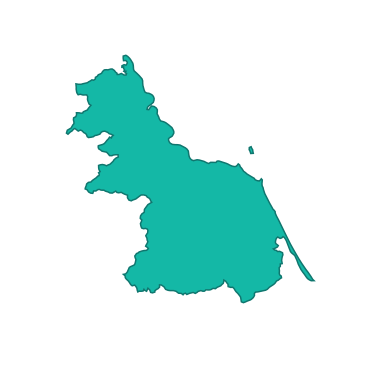 Cananéia, São Paulo, Brazil, rotated 287°
{"feature_id": "56859067B70757280308936", "entity_name": "Cananéia", "entity_type": "district", "adm_level": 2, "iso_a3": "BRA", "parent_name": "Brazil", "parent_adm1": "São Paulo", "projection": "robinson", "projection_center": [-47.991, -25.035], "detail": "fine", "context": "isolated", "style": "filled", "palette": "teal", "viewbox_px": 384, "rotation_deg": 287, "n_neighbors": 0, "source": "geoboundaries", "source_scale": "gbopen_adm2", "svg_char_len": 5976}
<svg xmlns="http://www.w3.org/2000/svg" viewBox="0 0 384 384"><g transform="rotate(287 192 192)"><path d="M80.6,169.4L81.7,170.5L82.2,172.3L83.0,174.2L84.9,174.5L84.1,175.6L83.8,177.6L87.1,178.0L85.9,180.3L83.9,181.8L84.0,183.7L85.4,185.7L86.8,185.4L88.5,186.6L89.5,187.7L91.6,188.8L93.7,188.1L94.1,189.9L93.1,193.0L91.2,195.2L91.0,197.9L91.3,199.8L92.3,203.2L92.4,205.7L91.3,208.7L91.9,211.4L91.1,213.5L92.4,214.0L93.3,215.4L92.5,217.0L94.4,219.3L96.3,222.5L96.0,224.8L97.5,226.2L98.7,226.9L100.3,229.3L100.3,231.5L100.9,233.0L102.5,233.9L103.3,237.0L104.1,238.5L106.0,240.3L106.4,242.7L108.2,243.9L110.7,246.9L112.2,247.6L113.8,248.6L115.6,248.5L117.1,248.2L116.5,250.4L115.4,251.7L114.3,253.4L112.1,254.2L112.1,256.9L112.8,258.8L112.0,260.4L110.7,261.8L109.6,263.2L108.4,265.5L106.0,268.9L104.7,269.7L101.4,271.3L101.2,273.5L102.4,275.1L104.0,276.9L105.8,279.3L106.8,280.2L109.0,281.5L111.3,282.0L113.2,281.3L114.8,282.0L115.8,284.3L119.6,291.1L121.0,292.5L123.5,293.8L127.6,297.2L129.4,298.2L131.6,298.8L132.8,300.2L135.0,301.7L136.1,302.7L137.7,301.9L138.4,300.1L139.5,299.3L142.4,298.6L143.8,297.9L145.3,297.5L146.7,298.2L149.0,297.5L149.9,299.2L152.8,297.7L155.2,297.3L157.0,297.2L158.5,297.3L160.4,296.3L160.9,293.1L160.1,291.3L160.8,289.7L160.7,287.8L161.4,286.4L162.6,288.0L164.4,289.8L166.0,290.2L167.2,287.2L168.4,286.4L171.0,286.1L172.5,286.3L174.0,287.1L173.4,289.8L174.3,291.2L175.9,292.1L175.5,293.6L174.2,295.2L172.8,296.6L163.8,303.6L162.9,305.0L161.3,308.8L157.5,312.2L154.1,314.7L149.7,318.9L147.8,321.3L146.3,323.4L143.7,326.7L142.9,328.0L142.3,329.9L142.0,331.9L142.9,334.6L143.7,333.0L146.1,330.3L149.1,326.5L151.4,323.3L155.7,317.9L159.3,313.7L165.7,306.8L171.0,301.3L180.6,292.2L190.1,283.4L193.6,279.9L196.1,277.8L197.6,277.2L198.6,275.8L199.2,274.5L200.2,273.5L204.1,269.4L211.8,262.0L215.1,259.7L216.9,258.7L218.4,257.3L220.3,256.5L224.1,255.7L224.9,254.4L223.7,254.0L222.2,253.1L221.9,251.0L222.2,248.7L223.2,247.7L224.8,241.2L225.3,239.3L226.2,237.4L226.9,235.3L229.1,232.7L230.2,230.8L231.8,229.6L232.4,228.0L230.7,227.4L229.4,226.6L228.7,225.1L228.5,222.6L228.8,220.0L229.2,218.3L229.4,216.2L229.5,208.6L228.9,207.0L227.3,206.3L225.8,201.1L224.2,199.8L224.2,198.0L224.8,194.5L224.7,189.7L224.3,187.4L223.2,185.6L222.4,184.1L222.6,182.1L223.5,180.4L225.0,179.0L226.8,178.0L230.1,176.5L231.5,174.7L232.3,172.7L233.4,166.8L233.0,164.4L232.3,161.9L231.8,159.3L232.3,156.9L233.4,155.4L234.8,154.4L236.2,154.0L237.5,154.8L238.6,155.9L239.8,156.8L242.9,157.4L244.3,157.0L245.5,156.2L247.7,154.0L249.4,150.0L250.6,146.6L250.9,144.5L250.8,141.3L252.4,139.3L253.8,138.4L256.7,135.7L258.8,135.3L260.5,134.8L261.9,133.2L262.7,130.8L262.4,128.2L260.5,127.3L258.1,126.6L257.8,124.8L259.6,124.7L260.9,125.0L262.3,126.0L263.5,127.0L266.4,128.8L268.8,128.8L270.4,128.4L271.8,127.4L272.9,126.1L273.4,124.7L273.8,122.1L273.4,119.7L273.9,117.7L275.8,116.2L279.5,113.9L282.0,112.9L283.9,112.3L285.6,111.1L287.9,107.4L289.4,104.5L290.9,101.3L292.3,100.2L296.0,98.8L297.9,97.7L300.7,94.5L301.7,93.1L302.9,90.8L303.4,88.8L301.9,86.5L300.0,87.0L297.6,88.1L298.4,90.4L297.3,92.1L296.0,92.4L294.0,91.8L293.9,89.8L292.2,88.1L290.8,88.5L291.6,90.0L290.3,90.3L289.0,91.8L287.6,91.5L288.1,93.5L286.5,93.1L286.1,94.8L284.7,94.8L284.0,92.9L284.7,89.8L283.1,87.9L282.5,86.1L283.7,85.5L284.3,83.8L285.5,82.3L286.3,79.8L285.8,78.3L284.2,75.8L283.9,74.3L283.1,72.4L281.2,71.3L279.1,70.8L278.1,69.8L276.7,68.1L275.0,67.6L273.4,66.1L271.8,66.5L270.1,65.2L270.0,63.5L268.7,62.5L267.2,61.0L265.9,60.0L263.5,55.8L262.6,54.5L261.8,51.8L261.5,49.4L258.2,50.7L256.4,51.2L253.8,52.5L252.7,53.4L251.7,54.7L252.8,56.5L252.9,59.4L254.1,62.9L252.7,64.4L250.2,64.9L248.9,65.6L247.5,66.7L246.0,67.9L245.4,70.0L241.6,68.4L239.9,68.0L236.9,64.6L235.6,64.4L234.9,62.9L234.7,60.8L234.0,58.3L232.2,59.0L230.1,58.9L228.3,57.1L226.3,57.5L224.5,58.6L222.8,59.1L221.2,58.4L217.9,57.7L214.6,54.7L211.6,54.7L211.0,56.5L212.6,57.4L214.0,58.2L215.1,59.3L217.5,60.4L218.5,61.5L217.0,65.4L218.6,67.1L218.4,69.0L217.2,71.1L216.8,73.2L215.7,74.6L214.3,75.6L213.8,77.1L215.0,79.7L216.1,81.6L217.5,82.5L218.5,84.4L220.4,87.0L222.7,87.8L223.8,88.9L224.7,90.9L224.3,94.2L223.5,95.8L223.6,97.6L223.2,100.1L221.6,99.2L220.2,99.1L220.4,97.1L218.3,96.5L216.6,95.6L214.0,94.6L212.6,93.9L211.4,92.7L208.9,88.9L207.6,89.1L206.0,90.1L205.4,92.4L204.7,94.0L205.1,98.7L203.9,100.8L202.7,102.5L203.3,104.8L204.4,106.0L205.4,108.3L206.0,110.4L203.9,111.3L202.4,109.5L200.0,108.0L198.3,107.6L194.6,105.5L193.2,103.7L192.1,102.6L192.3,100.5L192.1,98.3L191.2,96.4L190.1,94.9L187.7,95.7L186.2,96.5L184.6,98.2L183.1,97.0L182.1,98.1L180.5,98.3L179.6,97.2L177.7,96.3L174.0,93.4L172.0,92.4L170.9,90.1L168.9,88.9L166.8,89.0L165.1,88.8L163.7,88.9L163.5,91.0L161.8,93.1L161.3,95.4L161.7,97.5L164.2,97.6L164.9,99.8L166.8,101.3L167.4,102.8L167.2,104.5L168.0,107.3L167.5,108.9L167.5,111.9L167.1,113.8L167.7,116.2L170.5,118.8L169.6,120.4L169.8,122.1L171.0,124.5L170.5,126.4L170.2,128.5L170.1,131.3L168.9,131.6L167.6,132.0L165.8,134.1L165.8,136.5L167.0,137.7L168.9,140.3L172.4,142.8L174.3,144.3L175.1,146.8L175.1,149.4L174.0,150.7L173.6,152.7L172.7,154.2L171.4,155.1L170.4,156.5L167.0,153.5L161.5,151.6L158.6,152.2L156.5,150.5L154.2,149.8L152.7,150.0L151.5,150.3L150.6,152.2L148.4,152.2L146.8,151.9L145.2,152.7L143.9,153.5L142.8,154.5L142.7,156.4L143.6,158.2L143.4,160.2L142.3,161.1L139.8,161.5L138.4,161.0L136.6,160.6L134.7,162.4L133.0,163.1L131.6,164.3L129.6,164.1L128.1,163.7L126.6,163.5L125.9,165.7L125.1,166.8L122.9,165.6L121.9,163.1L120.7,161.0L119.1,158.9L117.8,158.1L116.9,156.9L115.4,156.5L114.1,156.0L112.6,156.8L111.1,158.1L108.1,158.4L106.3,158.4L105.1,157.9L102.6,155.0L101.5,154.1L96.4,153.5L94.3,152.5L93.2,150.5L92.3,152.5L90.5,153.3L89.4,154.8L88.5,156.8L87.2,158.6L85.5,160.5L84.8,162.2L86.2,164.4L85.3,165.9L83.9,167.4L81.8,168.5L80.6,169.4ZM248.5,238.4L250.1,237.7L251.4,236.2L252.6,235.3L251.3,233.8L249.2,234.3L247.9,235.6L246.0,236.9L246.9,239.3L248.5,238.4Z" fill="#14b8a6" stroke="#0f766e" stroke-width="1.5"/></g></svg>